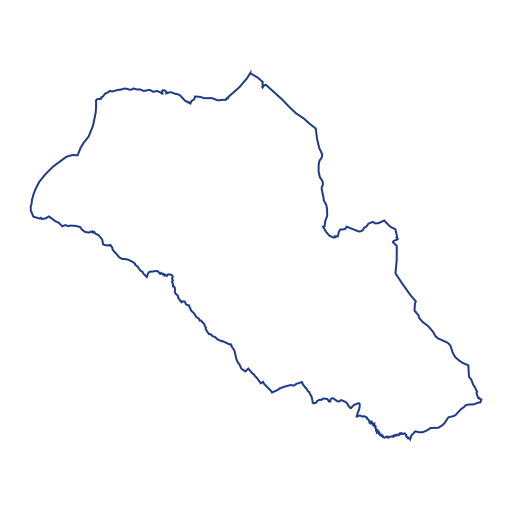 outline of El Piñón, Magdalena, Colombia
{"feature_id": "7082276B5529453016246", "entity_name": "El Piñón", "entity_type": "district", "adm_level": 2, "iso_a3": "COL", "parent_name": "Colombia", "parent_adm1": "Magdalena", "projection": "robinson", "projection_center": [-74.657, 10.338], "detail": "fine", "context": "isolated", "style": "outline", "palette": "blue", "viewbox_px": 512, "rotation_deg": 0, "n_neighbors": 0, "source": "geoboundaries", "source_scale": "gbopen_adm2", "svg_char_len": 6015}
<svg xmlns="http://www.w3.org/2000/svg" viewBox="0 0 512 512"><path d="M33.4,216.7L39.8,218.6L40.8,217.8L41.8,219.0L45.8,218.3L48.8,216.4L55.5,221.3L58.9,222.9L62.3,226.3L65.3,225.1L68.3,226.1L70.5,225.6L75.6,225.9L80.0,227.0L82.1,229.7L85.0,231.9L88.9,232.6L90.9,231.7L91.7,232.0L92.4,231.4L93.1,232.6L94.1,231.9L95.7,233.8L98.4,235.0L101.8,239.0L102.4,240.4L103.1,244.4L105.9,245.3L108.4,245.4L110.3,245.0L110.4,245.6L110.7,245.5L112.3,247.6L112.5,249.4L114.4,251.9L116.8,254.3L119.2,257.3L122.3,259.0L125.3,259.1L128.2,259.7L133.0,262.1L134.9,263.5L135.1,264.7L137.5,266.5L140.5,270.7L142.4,271.7L143.5,273.8L146.8,277.0L147.9,273.7L149.2,272.0L150.4,271.6L152.5,271.6L154.1,271.2L157.7,271.1L160.1,273.9L160.6,273.9L161.2,272.9L162.5,273.8L163.1,274.6L163.7,274.1L164.6,274.4L164.7,275.4L165.2,275.0L166.8,275.8L166.9,275.1L168.2,274.4L171.3,274.7L172.8,276.4L172.6,277.5L172.0,278.6L172.9,280.4L172.4,280.7L172.0,281.9L172.6,282.5L172.6,283.8L173.1,285.0L172.9,286.4L174.2,286.7L174.9,288.0L174.9,292.1L175.6,293.7L177.7,295.5L177.8,296.4L178.3,297.1L178.4,298.4L180.5,300.7L180.5,301.3L181.7,302.2L182.1,301.4L184.6,301.5L185.3,302.3L185.5,303.5L186.1,304.4L187.3,305.2L188.8,305.2L191.2,310.7L193.9,313.2L195.7,315.9L195.9,316.7L199.0,318.8L199.7,320.6L200.7,320.4L201.5,320.9L202.0,322.1L202.8,322.5L204.3,324.1L204.8,326.2L205.9,327.5L205.7,329.1L208.8,334.0L210.0,334.0L210.3,334.4L211.3,334.7L211.6,335.3L212.5,336.1L215.4,337.3L216.8,338.8L219.4,340.3L222.2,341.4L222.6,341.1L229.0,344.2L230.7,344.3L230.7,344.8L231.5,345.3L231.5,346.2L234.3,350.3L236.5,359.5L238.2,363.0L239.2,363.9L241.4,368.7L245.3,371.4L248.3,368.6L252.6,373.7L253.6,374.1L255.7,376.9L256.6,377.5L260.8,383.3L263.1,381.9L264.1,383.9L271.0,390.9L272.0,392.5L278.2,389.7L279.4,388.4L280.7,388.2L282.9,387.1L290.7,385.0L293.8,385.6L296.5,383.8L302.0,382.1L303.0,384.6L305.3,387.3L305.2,387.5L306.7,388.9L308.0,391.3L309.4,392.2L309.8,393.8L311.5,396.4L312.6,401.3L312.5,402.0L313.4,403.4L315.9,402.8L317.1,401.1L319.2,399.9L321.8,399.8L322.8,398.7L324.1,398.5L327.4,399.1L329.1,401.6L330.3,401.5L330.3,400.2L330.7,399.3L332.1,398.2L334.0,398.7L334.4,399.3L337.9,401.5L339.5,401.3L340.5,400.3L341.5,400.2L345.5,401.9L347.4,403.7L348.7,406.4L349.3,406.5L350.4,408.1L350.9,408.1L351.6,407.5L353.9,405.0L358.5,403.1L359.6,403.9L359.7,406.5L358.9,410.3L358.0,411.8L356.7,416.5L357.4,416.5L358.8,415.7L360.6,415.7L362.3,416.6L364.5,416.2L365.6,417.1L366.8,417.4L367.0,418.7L368.0,419.2L369.0,420.4L369.4,422.0L369.8,421.5L370.1,422.0L370.7,421.8L370.6,422.4L371.3,422.1L371.2,422.7L371.8,422.2L371.9,423.0L372.3,423.2L372.1,423.5L372.8,424.2L373.6,423.7L373.8,424.3L374.3,424.0L374.2,424.9L375.2,425.9L374.5,426.0L375.0,426.3L374.8,426.7L376.0,428.8L375.9,430.2L376.4,430.3L376.3,429.8L376.6,429.6L377.3,430.2L376.9,430.7L377.3,430.7L377.0,431.1L377.5,431.5L377.1,431.8L377.0,432.6L377.7,432.1L379.1,433.3L379.3,432.8L379.6,433.4L379.3,433.3L379.1,433.8L379.6,434.7L380.0,434.4L380.8,435.1L381.2,434.9L381.2,435.6L382.0,436.2L382.7,435.8L382.9,436.3L382.4,436.4L382.6,436.9L383.5,437.1L384.3,437.7L387.2,436.5L387.7,437.4L388.2,437.2L388.6,437.6L390.7,436.4L392.2,436.7L392.7,436.2L393.4,436.6L393.7,435.6L394.2,435.2L395.0,435.9L395.7,435.7L396.0,434.8L396.6,434.7L396.6,435.2L398.8,435.2L399.3,434.6L399.3,433.7L399.8,433.4L400.3,433.9L400.6,433.4L401.2,433.8L401.8,433.2L402.6,434.0L404.3,433.4L405.0,433.5L405.4,434.4L406.2,434.8L406.2,436.5L407.5,437.1L407.8,438.1L408.4,437.8L408.8,438.5L409.9,438.4L410.2,439.1L411.5,435.3L415.3,431.3L419.2,432.3L422.8,432.2L426.8,430.5L430.7,428.0L438.3,427.8L442.2,425.3L444.4,423.3L448.2,417.6L449.0,417.1L452.9,416.3L455.3,415.3L461.0,409.1L463.6,407.4L465.9,405.1L468.1,404.6L473.6,404.4L478.1,402.7L480.4,402.3L481.3,399.5L480.0,399.0L479.3,398.0L478.4,398.3L478.1,397.7L476.6,393.7L476.5,392.9L477.1,391.9L475.1,387.6L473.3,384.9L471.3,379.7L469.0,376.7L468.3,365.3L462.6,362.9L459.1,360.5L455.0,356.9L452.6,352.4L450.6,346.0L449.1,344.1L447.5,342.7L437.8,338.3L435.4,336.1L432.9,331.6L428.0,326.0L422.8,322.1L419.2,318.1L418.5,315.3L415.7,312.2L415.8,311.9L414.5,310.8L414.9,303.9L415.8,301.3L410.7,295.5L401.7,282.8L395.7,273.7L395.5,272.9L396.7,260.0L396.8,246.4L396.6,245.7L392.9,242.2L393.5,241.1L397.7,239.2L397.2,237.6L396.5,237.4L396.9,235.9L395.6,230.0L395.1,229.1L391.2,227.2L389.3,225.8L384.2,220.5L378.3,223.2L375.3,223.4L372.9,221.9L369.5,223.2L368.4,223.7L366.3,226.7L364.3,227.5L362.6,230.4L360.4,231.4L358.8,231.5L346.6,226.7L345.3,228.8L343.3,229.4L340.2,229.5L338.8,232.1L337.8,236.3L335.0,236.3L335.3,237.2L333.6,237.6L329.3,235.6L326.2,232.0L323.0,226.7L324.6,226.2L325.0,222.5L325.7,219.7L327.2,215.8L327.0,208.6L326.3,205.0L323.7,200.2L323.6,198.2L321.7,189.1L321.7,187.7L322.8,184.7L322.8,182.4L322.1,180.5L319.8,177.1L318.6,171.5L318.6,165.5L319.4,160.8L321.4,158.1L322.0,156.4L322.1,154.2L319.2,147.9L317.0,138.7L315.8,128.6L309.3,123.5L303.9,118.6L296.0,113.3L288.7,106.4L282.8,100.1L266.1,85.0L265.0,85.0L263.7,85.7L262.6,87.5L262.2,86.6L263.0,85.3L262.4,83.8L262.8,82.1L257.9,77.7L250.4,73.3L250.4,72.9L247.1,78.1L239.5,87.1L228.8,96.5L228.1,97.8L227.9,97.6L226.8,98.9L226.5,98.6L225.7,99.9L221.7,99.9L218.1,100.4L211.7,98.1L203.7,98.1L200.3,96.9L195.0,96.5L194.3,99.2L191.8,100.7L190.6,103.0L188.9,102.3L189.2,102.9L185.0,100.7L180.7,96.0L179.1,94.9L177.4,94.1L175.6,94.0L171.2,92.3L169.8,92.2L166.4,93.4L166.4,92.1L166.0,92.1L165.7,91.2L164.6,90.4L162.9,90.3L162.3,90.6L161.9,91.9L162.5,93.5L161.9,93.5L160.4,92.4L157.0,91.0L153.3,91.8L150.3,90.2L149.2,89.9L143.9,91.0L139.7,89.3L137.5,89.6L133.3,88.5L132.1,89.4L130.3,89.8L125.9,88.6L124.0,88.7L120.4,89.7L117.8,89.9L112.2,91.5L110.0,90.9L107.6,92.5L105.0,93.7L103.4,96.0L102.2,97.1L101.4,97.2L100.9,98.9L97.3,99.1L96.0,100.5L96.1,106.1L95.7,112.5L93.5,123.4L92.5,127.0L88.6,136.5L83.5,143.0L80.5,148.0L77.6,155.3L72.6,155.0L68.1,156.2L65.5,157.4L53.2,166.5L45.5,174.1L39.2,181.9L35.4,189.4L33.5,194.3L32.0,199.9L31.5,204.1L30.7,206.5L30.8,210.6L33.4,216.7Z" fill="none" stroke="#1e3a8a" stroke-width="2"/></svg>